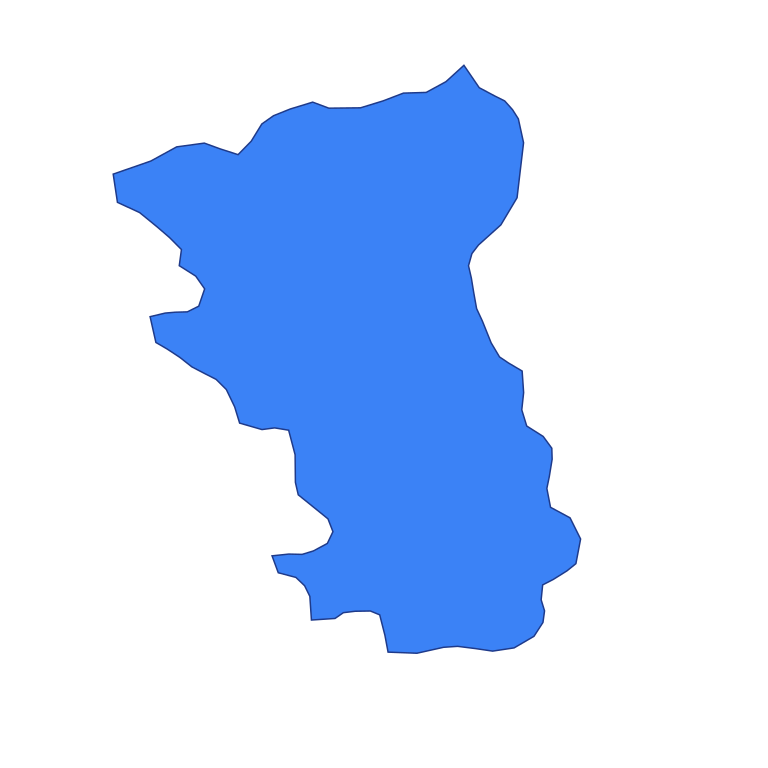 Larnakas Lapithou, Cyprus, rotated 343°
{"feature_id": "46923920B93505429851808", "entity_name": "Larnakas Lapithou", "entity_type": "district", "adm_level": 2, "iso_a3": "CYP", "parent_name": "Cyprus", "parent_adm1": "", "projection": "equal_earth", "projection_center": [33.129, 35.305], "detail": "fine", "context": "isolated", "style": "filled", "palette": "blue", "viewbox_px": 768, "rotation_deg": 343, "n_neighbors": 0, "source": "geoboundaries", "source_scale": "gbopen_adm2", "svg_char_len": 1510}
<svg xmlns="http://www.w3.org/2000/svg" viewBox="0 0 768 768"><g transform="rotate(343 384 384)"><path d="M182.2,132.4L200.4,148.6L213.1,167.6L221.8,181.4L229.6,196.2L222.8,211.0L235.5,225.8L240.3,240.6L229.6,255.4L217.0,257.5L205.3,254.3L195.5,252.2L180.0,251.2L178.0,277.6L186.8,287.1L196.5,298.8L205.3,311.5L216.0,322.0L224.8,330.5L231.6,343.2L234.5,362.2L234.5,379.2L254.0,391.9L266.6,394.0L279.3,400.3L278.3,425.7L270.5,452.2L269.6,464.9L283.2,485.0L291.0,496.6L292.0,510.3L283.2,519.9L267.6,523.0L255.9,523.0L243.2,518.8L226.7,515.6L227.7,533.6L243.2,543.2L249.1,553.7L251.0,565.4L245.6,588.5L268.6,593.9L278.3,590.8L290.0,592.9L304.6,597.1L312.4,603.5L311.4,624.6L309.5,641.6L336.8,651.1L364.0,653.2L377.7,656.4L394.2,663.8L409.8,671.2L431.3,674.4L453.7,669.1L466.3,658.5L471.2,647.9L471.2,636.3L477.0,622.5L488.7,620.4L504.3,616.2L515.0,611.9L526.7,589.7L522.8,566.4L507.2,550.6L509.2,531.5L515.0,520.9L522.8,505.1L525.7,494.5L520.9,480.7L508.2,465.9L508.2,449.0L515.0,433.1L519.9,412.0L509.2,400.3L502.4,391.9L498.5,376.0L496.5,352.7L494.6,339.0L496.5,323.1L498.5,308.3L499.4,295.6L506.2,285.0L515.0,278.7L542.3,266.0L565.7,244.8L577.3,218.4L588.0,194.1L590.0,169.7L587.1,159.2L582.2,148.6L574.4,141.2L561.7,128.5L553.6,102.6L531.6,113.0L509.6,117.5L487.6,111.5L465.6,113.0L442.2,113.0L411.9,104.1L398.2,93.6L374.8,93.6L356.9,95.1L343.2,99.6L328.0,113.0L311.5,122.0L296.4,111.5L282.6,101.1L255.1,96.6L226.2,102.6L186.4,104.1L182.2,132.4Z" fill="#3b82f6" stroke="#1e3a8a" stroke-width="1.5"/></g></svg>